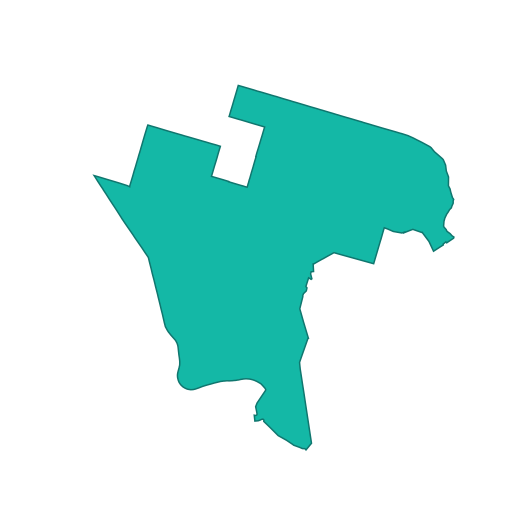 outline of Burnside, South Australia, Australia, rotated 20°
{"feature_id": "25037944B2025658304279", "entity_name": "Burnside", "entity_type": "district", "adm_level": 2, "iso_a3": "AUS", "parent_name": "Australia", "parent_adm1": "South Australia", "projection": "natural_earth1", "projection_center": [138.659, -34.944], "detail": "fine", "context": "isolated", "style": "filled", "palette": "teal", "viewbox_px": 512, "rotation_deg": 20, "n_neighbors": 0, "source": "geoboundaries", "source_scale": "gbopen_adm2", "svg_char_len": 5849}
<svg xmlns="http://www.w3.org/2000/svg" viewBox="0 0 512 512"><g transform="rotate(20 256 256)"><path d="M76.4,235.8L78.4,237.3L81.7,239.9L86.1,243.2L89.3,245.5L89.8,246.0L94.0,249.1L98.8,252.8L103.9,256.6L106.5,258.5L110.2,261.3L115.9,265.7L117.4,266.9L118.4,267.6L121.8,270.1L129.0,275.2L133.1,278.1L135.6,280.0L146.2,287.5L150.5,290.7L153.6,292.9L155.2,294.1L155.7,294.7L157.8,297.9L161.0,302.6L162.1,304.2L164.5,307.9L165.6,309.5L168.2,313.2L171.0,317.4L171.7,318.5L175.8,324.5L177.1,326.4L177.7,327.4L179.8,330.5L182.8,335.0L184.9,338.2L187.7,342.3L190.8,347.1L191.2,347.7L192.6,349.9L195.0,353.4L195.9,354.2L196.7,354.9L197.6,355.7L198.4,356.4L198.8,356.7L199.3,357.0L199.7,357.4L200.6,357.9L203.0,359.4L204.5,360.2L205.4,360.7L206.5,361.3L207.5,361.8L207.7,362.0L208.4,362.3L209.3,362.9L209.9,363.4L210.2,363.6L211.0,364.4L211.8,365.1L212.1,365.6L212.5,366.0L213.4,367.3L213.7,367.9L214.0,368.4L215.8,372.1L217.5,375.5L218.7,377.7L219.8,379.9L220.3,380.9L220.7,382.0L221.1,383.1L221.5,384.3L221.7,385.3L221.8,386.3L222.0,387.4L222.0,388.0L222.3,391.4L222.5,393.0L222.9,394.7L223.1,395.2L223.5,396.2L224.0,397.2L224.4,397.8L224.6,398.1L225.2,399.0L225.9,399.9L226.4,400.4L227.0,401.1L228.0,401.8L228.8,402.4L229.8,403.0L230.5,403.3L231.2,403.6L232.2,404.0L232.8,404.1L233.8,404.3L234.9,404.5L235.9,404.5L236.5,404.6L237.6,404.5L238.7,404.3L240.3,404.0L241.3,403.6L242.2,403.2L242.8,402.9L243.3,402.6L243.7,402.3L244.2,402.0L244.6,401.7L247.1,399.7L250.4,396.8L253.7,394.3L256.1,392.6L257.4,391.7L259.6,390.1L260.1,389.7L261.0,389.1L261.5,388.8L261.9,388.5L262.4,388.2L263.4,387.5L264.8,386.6L265.6,386.0L266.4,385.6L266.6,385.5L267.6,385.0L268.1,384.7L268.7,384.4L269.1,384.3L270.1,383.8L271.1,383.3L271.7,383.1L273.7,382.4L274.2,382.2L276.3,381.3L276.8,381.1L277.5,380.7L279.3,379.9L280.2,379.4L280.7,379.1L281.2,378.8L281.7,378.6L283.1,377.7L284.0,377.1L285.0,376.6L285.5,376.3L285.8,376.1L287.9,375.1L288.9,374.7L290.0,374.4L290.6,374.2L291.1,374.1L291.7,373.9L292.2,373.8L292.8,373.7L293.3,373.6L293.9,373.6L294.4,373.5L296.0,373.4L297.6,373.4L298.2,373.5L298.8,373.5L299.9,373.6L304.1,374.3L306.2,375.3L309.9,377.3L310.8,378.1L310.9,379.2L307.3,393.7L307.2,397.7L310.0,402.3L310.9,403.9L311.1,404.5L311.0,405.3L310.6,405.7L310.1,406.0L308.8,406.2L311.4,411.5L314.4,410.1L315.9,408.9L317.0,407.7L318.3,406.9L319.6,407.5L319.9,408.8L323.1,410.2L327.6,412.2L338.3,417.2L347.6,418.7L354.9,420.5L356.1,420.9L362.8,420.9L365.5,421.1L367.0,420.6L367.5,420.4L368.0,420.4L368.8,420.8L369.3,421.1L372.2,413.0L352.5,376.9L348.5,369.5L343.2,359.9L341.3,356.4L336.1,346.9L334.4,343.4L333.3,341.0L333.2,334.4L333.0,315.4L333.3,315.3L322.8,301.2L322.1,300.2L317.2,293.4L315.9,291.6L315.6,291.2L315.2,290.7L313.9,278.1L313.5,277.5L313.5,275.2L315.2,271.6L314.8,268.5L313.3,267.6L312.9,258.5L313.4,258.6L315.8,259.1L316.3,258.3L313.4,254.1L313.2,252.0L315.4,250.9L313.4,246.2L313.1,245.5L312.6,244.3L312.5,243.8L313.0,243.7L316.1,240.0L319.2,236.4L319.9,235.7L323.4,231.6L324.2,230.7L327.0,227.5L328.1,226.2L336.3,225.6L369.2,223.0L368.3,208.5L367.7,198.9L367.7,198.5L367.7,197.9L367.0,188.2L366.9,186.1L366.9,185.6L370.7,185.6L376.6,186.0L385.1,184.5L385.7,184.1L387.2,182.9L387.2,183.5L391.7,179.5L394.3,177.3L396.4,177.3L403.2,177.2L403.7,177.2L404.0,176.9L413.6,183.2L421.2,190.8L421.5,190.4L425.8,184.7L428.2,181.6L427.8,180.8L429.6,177.8L430.7,178.4L435.6,171.7L435.5,170.5L433.4,170.0L430.8,168.6L427.0,167.5L425.6,166.1L422.9,164.6L422.1,163.8L420.8,159.2L420.5,155.8L420.9,151.4L421.5,149.2L422.0,146.5L422.0,146.3L423.1,144.0L423.0,141.8L423.2,139.8L423.2,138.8L423.0,138.3L422.6,137.3L422.4,136.3L422.4,135.7L422.4,135.2L420.7,134.0L417.2,129.4L415.4,126.6L412.8,124.2L409.9,115.9L405.8,111.1L403.1,105.8L399.2,101.6L398.1,100.9L397.1,100.5L393.5,99.1L391.7,98.4L388.0,97.0L383.8,94.5L383.5,94.3L383.4,94.3L382.8,94.1L381.9,93.8L373.1,92.5L369.0,92.0L368.6,92.0L363.2,91.3L358.8,91.0L357.8,90.9L352.3,91.1L350.4,91.2L349.8,91.3L344.6,91.6L330.6,92.6L325.5,92.9L320.6,93.2L317.1,93.4L311.3,93.8L309.7,93.8L307.1,94.0L305.4,94.1L302.1,94.3L300.5,94.4L296.0,94.7L295.7,94.7L293.5,94.9L293.1,94.9L290.3,95.1L287.0,95.3L284.5,95.4L283.8,95.5L279.5,95.7L274.8,96.0L267.8,96.4L267.0,96.5L263.0,96.7L261.4,96.8L255.8,97.2L250.1,97.5L241.7,98.0L237.5,98.3L235.0,98.4L232.0,98.6L227.5,98.9L225.0,99.0L223.0,99.1L220.6,99.2L218.5,99.4L218.4,99.4L215.6,99.6L213.5,99.7L210.1,99.9L208.5,100.0L205.3,100.2L202.8,100.4L200.7,100.6L197.6,100.7L195.9,100.8L192.9,101.0L191.1,101.1L188.3,101.3L186.4,101.4L181.0,101.8L181.2,104.8L181.7,112.6L182.0,117.7L182.2,120.5L182.3,122.0L182.5,125.5L182.5,125.8L182.6,127.9L182.8,130.5L183.0,133.6L183.0,134.1L189.3,133.7L191.2,133.6L194.1,133.4L194.8,133.3L201.9,132.9L203.7,132.8L210.6,132.4L211.8,132.3L220.0,131.8L220.1,133.9L220.4,138.6L220.5,140.0L220.7,144.1L220.9,147.2L221.2,152.3L221.3,154.1L221.5,158.5L221.8,162.5L222.1,162.5L222.1,162.9L222.3,165.6L222.3,166.1L222.4,167.9L222.5,169.0L222.7,172.1L222.8,172.9L223.1,178.2L223.1,178.4L223.1,178.7L223.2,179.9L223.6,185.2L223.6,185.8L223.6,186.5L223.9,189.9L223.9,190.4L223.9,190.8L224.1,193.3L224.1,194.4L221.3,194.6L220.9,194.6L220.4,194.6L216.7,194.9L210.1,195.3L204.9,195.6L204.9,195.3L204.6,195.3L199.0,195.6L186.9,196.4L186.6,191.3L186.4,188.3L186.2,185.3L186.0,181.0L185.7,176.1L185.6,175.1L185.3,170.6L185.0,165.1L180.4,165.3L175.6,165.7L170.5,166.0L166.5,166.3L163.2,166.5L157.2,166.9L151.2,167.3L147.5,167.6L144.9,167.7L143.7,167.8L137.8,168.2L128.5,168.8L121.4,169.2L119.2,169.3L113.3,169.7L109.6,169.9L109.6,171.9L109.8,175.5L110.1,181.0L110.5,187.2L110.8,191.3L110.9,193.4L111.1,195.6L111.3,198.9L111.4,201.5L111.6,203.7L111.9,208.9L112.2,213.2L112.4,217.6L112.8,222.8L113.1,228.0L113.4,233.4L113.6,234.1L110.9,233.9L105.6,234.1L102.9,234.2L97.6,234.5L89.4,235.0L82.0,235.4L76.4,235.8Z" fill="#14b8a6" stroke="#0f766e" stroke-width="1.5"/></g></svg>